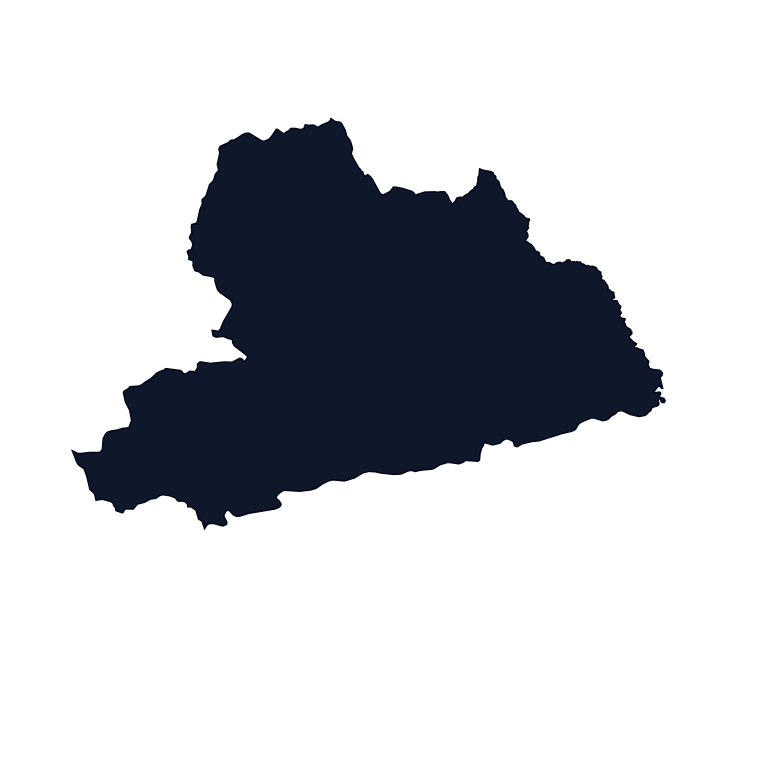 Bat Xat, Lào Cai, Vietnam, rotated 118°
{"feature_id": "81297802B11536853186467", "entity_name": "Bat Xat", "entity_type": "district", "adm_level": 2, "iso_a3": "VNM", "parent_name": "Vietnam", "parent_adm1": "Lào Cai", "projection": "robinson", "projection_center": [103.676, 22.597], "detail": "fine", "context": "isolated", "style": "filled", "palette": "ink", "viewbox_px": 768, "rotation_deg": 118, "n_neighbors": 0, "source": "geoboundaries", "source_scale": "gbopen_adm2", "svg_char_len": 6171}
<svg xmlns="http://www.w3.org/2000/svg" viewBox="0 0 768 768"><g transform="rotate(118 384 384)"><path d="M596.0,474.5L592.0,474.2L590.1,473.5L589.1,472.4L587.2,469.2L585.3,460.7L584.6,459.2L582.1,457.3L580.7,457.4L579.4,458.4L575.8,463.5L571.6,464.0L569.0,463.3L568.4,461.0L570.2,455.6L570.2,453.4L569.7,451.3L568.3,449.3L561.6,442.6L545.4,421.5L542.5,419.1L540.3,418.2L538.4,418.5L536.6,421.3L535.5,425.6L534.3,426.2L531.1,426.0L524.9,422.8L518.2,408.0L512.1,399.2L508.1,395.1L500.9,391.4L495.8,387.7L493.5,385.3L491.9,382.5L488.6,374.3L487.4,372.6L480.5,365.8L472.5,361.1L468.3,356.5L465.6,350.5L464.2,345.4L459.4,333.3L456.3,328.0L454.7,326.0L449.4,322.0L447.4,319.3L446.6,315.4L443.0,311.3L436.6,301.7L435.0,300.2L429.1,296.8L423.7,291.4L422.4,289.0L419.3,280.4L415.9,277.4L413.2,276.3L408.1,264.8L406.4,264.0L400.7,266.4L395.2,267.7L391.6,267.5L389.7,268.1L388.3,266.9L386.8,259.5L381.9,253.9L377.5,252.3L375.3,250.6L374.6,249.4L374.1,246.8L374.1,242.8L377.2,239.9L377.3,238.3L376.7,236.8L372.0,234.0L365.3,226.4L361.2,220.3L344.8,204.3L337.4,195.9L335.2,194.2L333.4,193.6L330.1,193.7L327.1,193.1L324.3,191.4L316.6,185.0L315.3,182.2L313.7,173.7L311.2,170.6L309.3,169.4L306.0,168.5L301.5,165.6L299.0,165.2L297.3,163.7L295.7,161.0L295.3,152.3L293.0,143.5L289.3,139.0L287.7,137.9L283.8,137.0L282.5,136.0L279.7,136.4L278.5,136.0L275.1,132.5L273.4,131.7L271.8,132.4L269.9,134.2L268.1,134.1L267.6,133.7L267.4,132.6L269.4,131.2L269.6,129.5L269.0,128.1L267.9,127.7L266.5,128.2L265.3,130.1L266.3,134.3L265.0,135.3L262.9,135.0L261.8,136.0L262.0,137.4L264.0,139.8L264.8,142.2L256.8,140.8L256.5,139.7L257.5,136.7L257.0,135.9L248.7,143.3L245.3,142.6L243.9,143.1L242.6,145.3L242.4,147.1L244.4,151.9L245.7,156.7L243.0,160.0L239.7,160.9L237.7,166.5L234.9,168.6L232.7,171.1L232.7,172.6L233.4,174.9L233.4,177.4L234.0,179.3L233.6,180.5L232.8,181.1L230.9,179.8L229.9,180.0L229.8,183.3L228.2,188.5L227.2,189.9L223.1,188.9L221.6,189.7L220.0,192.7L220.0,195.4L219.4,197.8L217.3,199.7L216.6,201.5L214.1,201.2L213.3,201.8L214.3,205.3L213.7,207.6L212.8,208.2L210.0,207.9L209.1,208.7L208.3,210.8L205.3,211.0L204.3,211.6L203.8,213.8L201.3,217.2L201.6,218.6L203.1,220.7L202.9,222.3L201.8,222.7L200.6,221.4L199.2,221.1L197.0,223.2L195.5,223.9L195.3,224.9L195.9,226.5L195.1,228.2L195.1,230.4L192.4,232.5L189.4,238.4L189.7,240.9L188.9,241.6L186.7,242.2L186.0,243.7L183.5,245.1L183.5,248.7L181.8,251.2L181.7,252.7L182.2,255.2L183.5,257.3L183.6,259.4L184.9,261.2L184.5,264.1L185.0,265.8L184.1,267.9L185.0,269.0L185.2,270.9L186.6,272.1L186.8,273.7L188.4,275.7L187.3,278.4L188.7,280.8L191.0,281.1L191.9,282.2L193.8,283.2L193.9,285.8L195.7,288.2L199.1,289.9L199.4,292.0L199.2,294.8L200.5,297.4L200.6,298.6L197.6,302.4L197.7,307.3L195.8,307.9L195.0,309.2L195.4,312.9L193.7,315.0L191.7,319.6L191.9,322.2L191.3,323.2L191.4,325.6L191.0,326.6L186.4,326.1L184.0,327.6L182.9,329.5L181.9,330.2L178.2,329.7L176.8,331.3L174.9,331.5L173.2,332.7L171.0,332.5L170.3,333.1L170.2,334.0L171.2,337.0L169.9,339.6L169.0,345.9L167.1,348.1L166.3,350.2L164.9,351.2L162.5,356.9L162.7,358.2L164.0,359.6L164.1,360.4L162.2,364.6L159.7,366.6L156.8,370.0L155.9,373.4L151.4,377.7L150.4,381.6L148.2,382.9L147.8,385.7L146.2,386.9L146.5,390.0L148.6,396.5L149.2,400.5L155.3,398.0L157.2,398.1L160.9,396.3L165.9,395.0L167.6,396.5L170.1,396.4L173.2,398.1L175.7,398.6L180.6,401.6L182.3,401.7L183.3,404.5L185.5,406.9L188.8,406.9L192.7,407.8L192.8,409.4L192.0,410.0L190.4,413.5L189.1,414.4L187.4,417.0L185.8,420.6L188.0,424.8L189.4,426.3L190.4,429.2L195.4,438.1L201.9,444.4L202.3,445.9L201.1,447.7L200.9,449.8L202.6,459.4L204.7,466.0L205.8,468.1L211.1,469.0L216.5,472.7L217.6,473.9L217.9,474.9L217.2,477.5L208.7,490.3L207.4,493.3L206.7,496.6L209.1,498.1L209.5,499.2L206.7,502.6L206.8,503.9L205.6,505.6L205.1,507.7L199.3,516.9L196.0,521.1L190.9,522.3L186.1,526.9L184.8,528.5L182.6,533.4L178.1,537.5L173.9,543.8L173.5,545.9L175.2,550.0L174.6,555.4L176.6,555.1L178.4,555.6L184.3,560.4L188.2,562.7L188.5,563.4L188.4,567.3L188.8,568.6L191.4,572.5L191.9,575.2L196.3,574.7L198.7,577.4L199.8,581.7L201.6,585.5L202.6,586.5L205.4,587.1L207.2,588.5L209.9,589.6L210.1,591.7L209.2,597.5L209.6,598.6L218.0,599.5L222.1,600.5L226.2,604.0L226.8,606.7L225.9,620.0L226.3,621.8L227.6,623.8L229.7,625.6L237.6,630.0L239.0,631.0L241.0,633.9L242.8,634.2L244.4,635.0L250.3,639.6L251.7,640.3L254.3,639.9L257.1,637.4L268.3,634.3L272.2,630.8L273.6,630.5L278.1,631.3L283.5,630.2L285.6,630.2L289.7,631.6L300.4,629.6L302.7,629.6L306.6,631.2L310.3,628.9L316.5,628.4L328.4,625.0L330.7,625.7L333.4,628.6L334.0,628.5L335.6,627.9L340.6,624.7L345.7,624.7L346.8,623.8L347.7,621.5L349.1,619.6L350.9,618.0L355.3,617.3L356.6,618.0L357.8,619.4L359.6,619.8L362.8,616.1L365.6,614.8L364.8,611.3L365.5,609.8L368.9,608.4L372.3,604.6L372.6,603.3L371.8,600.4L372.6,594.6L370.4,588.3L369.5,584.1L370.0,582.9L372.9,581.2L377.9,576.3L379.5,573.9L380.2,571.1L381.8,559.1L383.2,556.7L384.7,555.2L387.3,554.3L403.7,555.0L412.7,554.2L415.2,554.9L417.3,560.9L421.7,557.5L421.4,554.1L418.3,549.7L417.3,547.7L416.9,542.6L415.8,538.8L418.8,536.8L420.6,533.9L422.8,520.6L423.7,517.5L424.4,517.0L429.9,517.5L428.8,520.6L428.6,522.2L429.0,523.4L436.1,528.3L439.6,535.4L447.4,547.1L450.4,555.8L451.4,557.1L454.0,558.0L457.3,556.2L461.3,556.5L462.1,557.0L463.9,561.4L468.2,563.8L469.0,566.2L467.7,568.7L467.7,570.2L472.8,583.8L475.9,585.4L478.0,587.6L481.2,589.8L488.7,592.3L494.2,595.6L498.4,597.5L500.9,599.4L505.7,607.1L507.9,607.4L512.7,610.3L514.1,609.9L521.3,603.8L526.4,596.4L534.7,589.7L541.8,588.8L544.1,591.0L545.7,593.7L549.9,597.9L554.2,603.6L556.4,605.5L558.4,606.3L564.0,606.3L574.3,601.8L578.0,603.0L582.7,611.8L588.0,619.5L589.1,622.1L589.3,627.8L597.6,618.1L598.9,615.4L599.7,608.9L605.2,602.9L615.1,594.2L616.5,588.9L617.4,587.5L621.8,583.7L618.0,578.6L616.3,571.1L616.1,567.9L618.4,565.2L619.3,563.0L621.6,561.2L620.7,554.8L619.9,554.1L616.9,554.1L615.5,553.3L612.1,546.7L605.8,545.4L600.9,540.0L595.2,536.2L592.0,531.8L588.4,530.0L586.4,528.4L585.1,526.1L583.2,520.8L582.5,515.6L583.0,513.2L584.0,511.6L583.6,509.8L582.0,507.2L581.3,503.9L582.2,501.2L584.5,499.6L583.0,496.6L583.7,490.8L590.2,484.4L590.6,480.2L596.0,474.5Z" fill="#0f172a" stroke="#020617" stroke-width="1.5"/></g></svg>